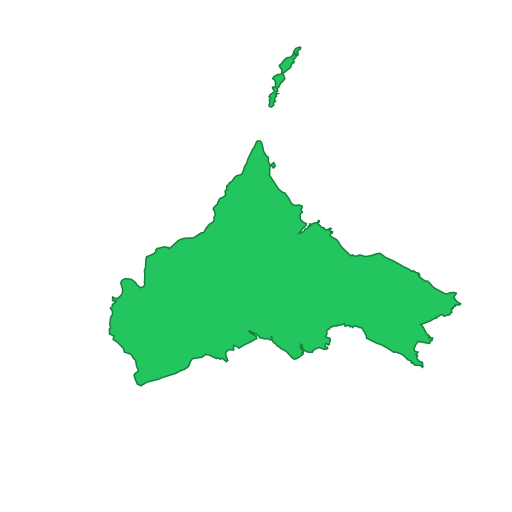 the district of Western Area Rural, Western, Sierra Leone, rotated 155°
{"feature_id": "65957751B56468197775265", "entity_name": "Western Area Rural", "entity_type": "district", "adm_level": 2, "iso_a3": "SLE", "parent_name": "Sierra Leone", "parent_adm1": "Western", "projection": "albers", "projection_center": [-13.169, 8.289], "detail": "fine", "context": "isolated", "style": "filled", "palette": "green", "viewbox_px": 512, "rotation_deg": 155, "n_neighbors": 0, "source": "geoboundaries", "source_scale": "gbopen_adm2", "svg_char_len": 6133}
<svg xmlns="http://www.w3.org/2000/svg" viewBox="0 0 512 512"><g transform="rotate(155 256 256)"><path d="M310.5,179.6L304.7,180.4L296.7,180.4L291.3,181.0L290.2,180.7L289.7,183.2L293.4,188.5L293.5,189.6L294.2,190.4L293.7,191.1L292.8,190.4L291.5,188.0L288.5,184.7L287.5,182.6L287.2,180.3L284.5,178.6L283.5,177.4L280.1,175.9L278.3,173.7L277.5,173.4L277.1,173.6L276.3,176.3L275.9,176.4L276.8,172.4L276.8,170.7L275.4,168.1L274.6,165.2L273.1,163.2L272.7,161.9L268.9,156.8L266.1,148.0L264.9,146.3L262.8,145.8L259.4,146.1L254.6,147.2L254.7,148.3L255.0,148.7L253.9,148.6L253.5,149.3L254.5,154.0L253.9,155.6L252.4,157.0L251.9,154.9L252.8,154.4L252.7,152.1L251.7,149.3L249.8,147.1L245.9,144.9L243.5,146.2L241.7,146.6L237.3,146.3L233.3,142.3L231.5,141.7L230.4,141.9L229.9,142.2L229.9,143.2L231.6,144.5L231.5,145.5L229.4,147.1L228.9,146.6L228.3,145.0L227.6,144.6L227.3,144.7L223.9,148.8L223.9,150.2L226.7,152.9L226.9,153.8L224.8,155.1L223.3,158.6L222.9,158.9L220.5,158.8L218.6,160.0L216.8,159.5L215.8,160.0L212.9,158.6L212.2,158.4L211.6,158.8L209.8,157.9L208.5,157.9L206.6,157.2L205.0,157.2L204.7,156.8L205.0,155.1L204.7,154.7L204.1,154.4L202.7,154.4L200.8,153.6L200.8,152.1L198.8,151.6L198.3,150.2L197.1,151.1L196.0,150.9L194.7,150.0L194.2,149.1L193.0,148.8L192.7,147.5L190.4,146.1L189.7,138.1L190.0,135.8L190.6,134.8L182.7,125.1L180.5,123.3L175.4,116.5L171.9,110.6L169.7,109.7L165.5,105.4L163.6,101.9L162.4,98.0L159.8,95.3L159.8,94.7L160.5,93.9L159.9,92.9L158.9,92.6L158.4,90.3L157.6,89.6L153.6,87.6L152.1,84.7L151.4,85.4L150.2,89.1L150.8,90.0L152.3,91.2L153.6,94.8L152.4,97.2L152.7,98.4L151.9,97.8L152.2,99.0L149.8,100.4L152.4,102.6L152.0,105.0L148.6,108.2L144.8,110.1L144.2,109.3L135.7,103.4L133.9,104.9L133.7,105.5L132.3,105.0L130.6,106.8L130.9,107.4L133.1,107.6L134.0,109.2L133.5,109.7L132.6,109.4L133.4,112.1L134.1,112.5L134.6,120.6L135.2,123.4L135.7,124.2L125.0,123.5L120.7,124.0L118.9,123.5L118.4,123.6L118.5,124.5L116.9,124.1L113.2,124.6L112.4,124.3L111.0,122.1L110.4,121.7L108.9,121.7L105.2,120.9L103.9,121.9L102.6,121.9L101.1,125.6L100.4,125.2L99.9,125.8L99.4,125.4L98.4,126.6L96.7,126.2L96.7,127.1L96.3,127.5L95.5,127.1L94.6,127.1L93.8,126.2L92.4,125.7L90.7,126.1L90.8,126.6L92.6,128.7L93.5,130.8L94.1,135.0L91.9,136.6L90.5,137.1L90.2,137.7L92.7,139.8L94.2,139.9L95.7,140.8L97.4,140.7L99.4,141.1L100.7,142.1L103.1,145.2L107.9,151.7L108.7,153.4L110.7,160.3L112.9,161.7L114.4,163.7L116.1,166.9L116.8,169.8L115.8,169.5L115.7,171.5L118.7,174.1L118.5,174.6L119.8,176.3L121.5,176.4L122.5,178.8L126.3,183.3L133.5,193.4L139.4,200.2L140.6,202.8L142.5,206.0L146.4,207.2L150.6,207.5L155.4,208.7L157.2,209.4L161.4,213.1L165.4,213.5L167.6,215.1L168.2,216.5L170.1,216.1L174.8,228.6L175.7,235.8L176.5,237.6L179.0,240.6L180.3,243.4L178.9,244.5L177.1,244.6L176.6,245.6L178.1,245.4L178.2,245.9L177.2,246.4L178.5,248.4L176.3,249.1L177.0,249.9L179.2,249.7L182.0,250.2L182.7,253.1L184.0,253.6L186.0,258.5L185.9,259.4L183.9,260.5L183.7,261.2L184.3,261.7L185.1,261.3L186.0,260.3L189.7,261.3L192.6,261.2L192.9,262.0L193.9,262.3L194.1,260.2L195.8,261.0L197.2,259.2L198.8,259.6L200.5,259.5L202.2,257.9L207.4,258.3L202.2,261.1L198.0,262.4L196.7,263.8L199.6,268.0L200.2,270.8L198.7,274.6L197.2,275.8L195.5,275.9L195.5,279.5L193.9,280.1L193.1,281.9L195.9,284.4L197.5,284.6L200.3,286.1L201.7,288.9L201.9,293.8L203.2,301.0L204.6,302.0L205.6,303.6L207.3,307.4L209.6,323.5L205.4,331.5L204.7,334.0L205.0,336.7L204.1,337.8L203.2,340.2L204.2,342.3L204.8,345.9L204.7,348.5L203.5,353.2L203.1,356.6L203.4,358.3L206.0,359.6L207.3,359.2L211.8,355.3L214.5,353.7L221.0,348.4L223.4,346.3L224.9,344.3L228.8,341.8L232.0,338.0L233.7,336.7L235.4,336.1L240.2,336.9L242.7,336.0L246.1,333.9L249.6,333.4L251.0,332.2L252.8,332.0L254.6,328.4L255.9,328.4L256.6,327.8L257.8,324.1L260.4,323.3L264.5,323.3L267.9,320.9L268.5,319.6L273.8,317.8L275.1,316.3L274.6,314.5L275.4,310.8L276.7,309.5L278.0,308.6L278.2,307.1L280.3,305.0L284.8,304.5L289.5,302.3L293.1,299.5L294.2,299.5L295.7,300.2L304.9,298.8L313.4,302.3L317.1,303.0L320.5,302.7L331.4,299.2L331.5,300.5L335.8,303.3L340.3,304.0L342.5,304.7L344.0,304.0L345.2,302.2L347.5,301.3L353.6,301.3L355.3,301.7L356.7,300.2L361.3,291.9L363.3,290.0L364.9,285.3L368.4,279.1L368.5,277.8L370.3,275.9L374.2,276.0L376.1,280.3L376.4,282.9L378.8,287.6L383.8,290.6L386.2,290.9L388.6,290.1L390.0,288.7L391.1,281.9L392.9,278.7L395.2,277.3L399.4,276.0L401.3,277.0L403.3,279.4L404.9,276.1L401.8,274.4L404.9,273.0L406.6,272.7L407.7,270.9L410.1,270.2L409.4,266.7L410.8,263.6L413.2,262.2L414.9,260.1L417.3,255.9L418.3,252.1L419.7,251.8L421.8,247.2L418.7,243.8L420.7,240.6L418.0,236.4L415.2,228.1L415.9,224.6L410.7,219.7L410.4,215.9L409.3,212.1L410.7,207.2L411.1,201.3L415.5,200.6L416.9,199.5L417.6,195.4L417.6,190.1L415.2,187.0L408.0,187.7L396.9,185.6L391.4,185.3L378.2,183.5L373.3,183.9L368.5,183.5L364.4,184.2L362.3,185.6L360.2,188.1L357.1,189.8L347.5,187.0L343.4,188.1L340.6,186.3L335.1,179.7L333.4,180.1L332.3,177.6L329.9,177.6L327.5,172.8L325.8,173.1L325.4,178.3L324.1,181.5L320.6,182.5L317.9,181.5L316.1,180.1L314.1,184.3L311.3,181.8L310.5,179.6ZM180.3,387.6L180.8,386.0L179.1,384.5L176.1,385.2L175.3,387.8L173.0,387.8L173.0,390.3L171.1,392.1L169.9,392.2L169.9,393.9L167.7,393.9L169.0,394.8L168.9,395.4L168.2,396.0L166.6,396.2L166.1,398.8L164.1,399.4L160.3,402.4L157.5,403.1L154.8,404.6L154.5,408.9L155.1,410.4L157.7,410.6L160.0,411.4L164.1,411.0L166.0,409.6L165.0,408.4L164.8,407.3L165.0,404.4L165.9,403.5L166.3,401.1L166.9,400.9L169.0,402.1L169.8,401.8L170.1,400.7L169.5,398.8L169.9,397.4L171.8,396.6L174.8,396.4L176.0,395.2L176.9,394.9L176.2,392.8L178.1,391.8L178.4,389.3L180.3,387.6ZM153.6,414.4L155.1,411.5L153.6,410.3L145.1,412.2L142.0,415.4L140.6,415.1L139.4,415.6L139.5,417.1L138.9,418.7L138.1,418.3L135.9,419.2L134.9,420.2L135.5,422.2L136.4,423.8L138.1,422.5L140.3,421.7L141.9,421.8L143.9,422.6L146.0,422.3L149.4,420.9L150.8,419.9L154.4,418.8L154.5,415.7L153.6,414.4ZM132.3,427.3L136.0,424.9L136.0,423.9L133.4,420.3L132.3,421.2L132.1,422.2L132.6,423.6L130.6,424.4L128.5,424.7L127.4,425.7L127.8,426.8L129.4,427.1L132.3,427.3ZM204.1,332.2L203.1,328.4L200.4,329.4L200.4,333.2L204.1,332.2Z" fill="#22c55e" stroke="#15803d" stroke-width="1.5"/></g></svg>